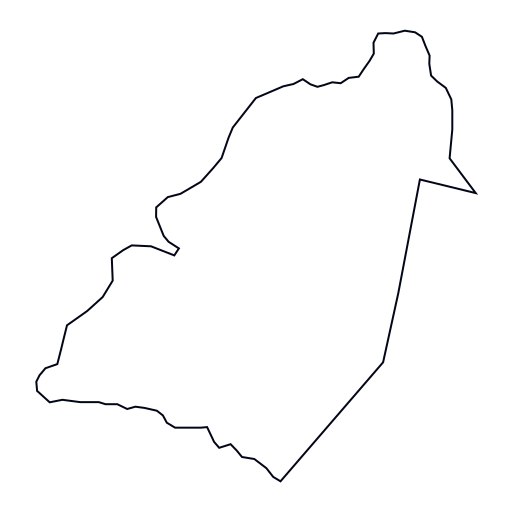 Quixaba, Pernambuco, Brazil (Natural Earth projection)
{"feature_id": "56859067B2724242969158", "entity_name": "Quixaba", "entity_type": "district", "adm_level": 2, "iso_a3": "BRA", "parent_name": "Brazil", "parent_adm1": "Pernambuco", "projection": "natural_earth1", "projection_center": [-37.864, -7.714], "detail": "fine", "context": "isolated", "style": "outline", "palette": "ink", "viewbox_px": 512, "rotation_deg": 0, "n_neighbors": 0, "source": "geoboundaries", "source_scale": "gbopen_adm2", "svg_char_len": 1153}
<svg xmlns="http://www.w3.org/2000/svg" viewBox="0 0 512 512"><path d="M37.1,390.9L49.7,402.3L62.4,399.8L80.0,402.1L98.7,402.1L105.5,404.2L117.3,404.2L127.2,409.0L135.4,406.7L144.4,407.9L156.8,410.7L162.9,415.4L166.8,422.7L175.1,427.7L190.6,427.7L200.5,427.7L207.1,427.1L214.1,441.9L219.2,447.8L230.6,444.2L236.5,450.3L242.0,457.0L254.3,459.0L266.4,468.2L273.2,476.9L280.5,481.3L383.1,362.3L398.3,293.1L419.9,179.5L475.7,193.1L449.6,158.3L452.3,129.5L452.3,110.3L451.3,99.4L445.8,87.9L437.2,81.5L431.1,75.6L429.3,63.9L429.6,55.6L425.6,46.3L421.9,36.8L415.1,32.3L404.8,30.7L393.5,33.5L385.4,33.1L378.2,33.5L373.5,42.7L373.8,53.6L369.6,60.8L363.8,69.0L358.7,76.7L348.7,77.9L340.7,83.2L332.2,82.3L323.8,85.1L317.4,86.8L310.4,84.3L302.8,79.2L293.5,84.0L283.3,86.3L255.9,98.0L232.8,127.5L228.6,137.6L221.6,158.0L213.0,168.3L200.9,181.8L180.5,193.8L167.8,197.1L156.2,207.4L156.1,217.0L163.7,235.9L168.6,241.8L178.9,248.4L174.3,255.4L151.0,246.3L131.7,245.4L123.1,250.2L111.8,258.2L112.7,280.6L102.7,297.0L87.2,311.0L67.0,325.3L63.2,340.6L61.1,349.3L57.3,364.1L45.5,368.2L39.5,375.3L36.3,381.7L37.1,390.9Z" fill="none" stroke="#020617" stroke-width="2"/></svg>